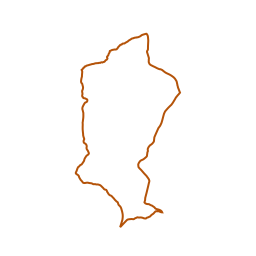 Butula, Western, Kenya, rotated 295°
{"feature_id": "3690345B92166802171620", "entity_name": "Butula", "entity_type": "district", "adm_level": 2, "iso_a3": "KEN", "parent_name": "Kenya", "parent_adm1": "Western", "projection": "robinson", "projection_center": [34.286, 0.344], "detail": "fine", "context": "isolated", "style": "outline", "palette": "amber", "viewbox_px": 256, "rotation_deg": 295, "n_neighbors": 0, "source": "geoboundaries", "source_scale": "gbopen_adm2", "svg_char_len": 5772}
<svg xmlns="http://www.w3.org/2000/svg" viewBox="0 0 256 256"><g transform="rotate(295 128 128)"><path d="M165.4,62.8L164.9,62.8L164.3,62.7L163.8,62.2L163.3,62.2L162.4,62.0L161.8,61.8L161.2,61.4L160.6,61.8L160.3,62.3L159.6,62.8L158.2,63.3L157.4,63.6L156.1,64.1L155.2,64.5L153.0,64.9L152.5,65.1L151.9,65.2L150.5,65.7L149.8,66.1L149.2,66.7L149.0,67.3L148.7,67.8L146.4,69.7L145.8,70.1L145.0,70.4L144.3,70.6L143.4,70.7L142.5,70.7L141.9,70.9L141.2,71.3L140.4,71.9L139.7,72.3L139.2,72.5L138.5,72.6L137.7,72.9L137.1,73.4L136.9,74.2L136.3,74.9L136.4,75.6L136.7,76.4L136.7,77.4L136.6,78.3L136.6,78.9L136.2,79.3L135.6,79.6L135.0,79.7L134.3,79.6L133.5,79.0L132.8,78.4L131.9,78.2L131.1,78.1L129.3,78.0L128.5,78.0L127.7,78.0L126.9,78.2L126.1,78.5L125.5,78.9L125.1,79.3L124.5,79.8L123.7,80.4L123.0,81.0L122.3,81.4L121.6,81.7L120.8,82.1L119.7,82.6L119.0,82.9L118.2,83.2L117.3,83.5L116.0,83.9L114.5,84.4L113.7,84.6L112.6,85.2L111.8,85.6L109.7,86.5L108.2,87.2L107.4,87.6L104.8,89.1L103.7,89.8L102.5,90.4L101.1,91.5L100.1,92.5L99.5,93.0L98.9,93.1L98.0,93.1L97.3,93.3L96.6,93.7L96.1,94.2L95.9,94.8L95.7,96.3L95.4,96.9L95.1,97.4L94.5,98.0L93.6,98.5L92.7,98.7L92.1,99.0L91.6,99.4L91.1,100.0L90.6,101.0L90.0,101.7L89.3,102.5L88.6,103.2L88.0,103.3L87.3,103.2L86.8,103.0L86.2,102.6L85.4,102.2L84.7,102.0L83.1,101.8L82.4,101.7L81.5,101.7L80.8,101.8L79.9,102.0L78.9,102.0L78.0,101.8L77.1,101.7L76.1,101.5L75.5,101.4L75.0,101.1L74.5,100.6L73.9,100.3L72.4,99.9L71.9,99.6L71.3,99.3L69.8,99.3L68.9,99.4L67.8,99.5L66.9,99.6L65.7,99.5L64.7,100.0L64.5,101.0L64.3,101.7L64.2,102.6L63.9,103.4L63.3,104.0L62.8,104.5L62.3,105.1L61.4,106.4L61.0,107.0L60.7,107.7L60.4,108.5L60.0,109.3L59.6,110.0L59.4,110.7L59.6,111.4L59.9,112.2L60.5,113.0L61.1,113.9L61.4,114.6L61.6,115.3L61.7,116.0L62.4,118.1L62.5,118.9L62.4,120.2L62.7,121.0L63.2,121.8L63.4,123.0L63.8,123.9L64.1,124.5L64.3,125.6L64.4,126.7L64.3,127.5L64.1,128.2L63.4,130.1L63.1,131.0L62.6,131.9L62.4,132.8L62.6,133.6L62.7,134.4L62.4,135.0L61.9,135.6L61.4,136.0L61.1,136.6L60.0,138.2L59.6,139.1L59.4,140.0L59.5,140.9L59.4,141.9L58.8,143.3L58.5,144.1L58.2,144.9L57.4,146.4L57.0,147.6L56.6,148.5L56.5,149.2L56.3,150.1L55.7,150.7L55.1,151.2L54.5,151.8L54.2,152.4L53.9,153.3L53.5,154.3L53.0,155.0L52.5,155.6L52.1,156.0L51.5,156.5L49.9,157.9L48.3,159.1L47.4,159.7L45.9,160.5L44.4,161.1L42.5,161.7L39.9,162.1L34.8,162.8L40.3,164.6L44.1,165.9L44.8,166.3L45.9,167.7L46.2,168.3L47.0,169.6L47.6,171.4L48.0,171.9L48.7,172.3L49.3,172.7L49.9,173.3L51.0,174.2L51.2,174.9L51.4,175.6L51.7,176.3L52.1,176.9L52.4,177.6L52.6,178.3L52.8,179.2L52.9,180.8L53.2,181.6L53.5,182.4L54.2,182.8L54.9,183.2L55.5,184.0L56.3,184.6L56.9,185.2L57.5,185.5L58.2,185.7L58.8,185.9L59.8,186.4L60.9,187.1L61.4,187.3L62.0,187.5L62.8,187.7L64.1,188.2L64.6,189.0L65.0,190.0L65.5,190.7L65.6,192.7L65.7,193.8L66.0,194.6L66.6,193.9L67.0,192.8L67.1,191.4L67.0,190.3L66.6,188.1L66.6,187.0L66.8,186.4L67.2,185.7L67.4,184.9L67.6,183.6L67.8,182.7L67.7,181.7L67.7,180.6L67.8,179.7L67.8,179.0L67.4,178.1L67.1,177.3L67.0,175.7L67.5,174.4L68.3,174.2L69.1,174.1L69.8,174.0L70.8,173.6L72.2,173.1L72.9,173.0L77.2,172.2L83.6,170.9L87.4,170.1L88.2,170.0L89.1,169.7L90.2,168.7L90.7,168.0L91.4,166.8L91.8,166.0L92.3,165.2L93.7,161.7L95.1,158.6L95.5,157.7L96.2,155.7L96.9,154.2L97.5,153.7L98.5,153.1L99.2,152.7L99.8,152.6L101.2,152.6L102.3,152.8L102.9,152.9L103.6,153.2L104.4,153.7L105.5,154.7L106.2,155.2L107.3,155.8L109.3,156.7L110.2,157.0L110.9,156.9L111.8,156.6L112.9,156.3L113.6,156.0L114.8,155.8L115.5,155.8L116.0,155.5L116.6,155.1L117.3,154.8L118.0,154.7L119.1,154.7L120.2,154.9L121.1,155.1L121.9,155.4L122.8,156.0L123.5,156.3L124.0,156.6L126.1,157.1L127.0,157.1L128.1,156.7L129.6,156.2L130.4,155.9L131.0,155.8L134.5,155.7L140.7,155.6L141.3,155.7L142.2,155.9L143.1,156.1L144.1,156.2L145.9,156.2L146.6,156.2L147.4,156.1L149.4,155.8L152.7,155.2L154.4,154.9L156.2,154.6L157.9,154.6L158.7,154.6L159.8,154.9L161.9,155.5L163.5,156.0L165.7,156.8L167.4,157.5L170.0,158.0L171.1,158.1L173.8,158.4L175.2,158.5L175.8,158.5L176.8,158.8L178.5,159.2L180.1,159.7L181.2,160.0L182.0,160.2L184.4,157.7L185.1,157.0L185.7,156.3L186.2,155.9L186.8,155.5L187.5,154.8L188.3,154.3L188.8,153.9L189.3,153.5L190.0,153.0L190.6,152.5L191.0,152.1L191.4,151.5L192.5,149.8L193.0,148.6L193.3,147.7L193.6,146.2L193.8,145.1L193.9,144.1L194.0,143.0L194.0,142.3L194.0,139.4L194.1,138.6L194.2,137.8L194.4,136.9L194.7,135.6L195.0,134.6L195.0,133.8L195.0,133.1L194.9,132.4L194.6,131.7L194.5,130.2L194.5,128.2L194.6,127.5L194.6,125.8L194.6,124.4L194.7,121.9L195.0,120.7L195.5,120.0L196.0,119.4L196.7,118.8L197.6,118.5L198.5,118.0L199.5,117.7L200.3,117.3L203.2,114.7L204.8,113.2L205.6,112.8L206.6,112.9L207.3,112.9L207.8,112.8L210.7,111.5L215.1,109.7L216.2,109.2L218.3,108.0L219.6,107.2L220.2,106.6L220.8,105.8L221.2,105.0L220.9,104.4L219.7,103.0L218.8,102.0L218.2,101.4L217.5,100.9L216.7,100.6L215.9,100.0L215.2,99.4L214.3,98.5L214.0,97.8L213.4,97.2L213.0,96.3L212.5,95.8L212.0,95.2L211.4,94.7L210.9,93.9L210.3,93.5L208.7,92.5L207.4,91.6L206.5,91.3L206.0,91.0L205.5,90.6L204.8,90.1L204.1,89.6L203.3,89.2L202.8,88.6L202.4,87.7L201.8,87.2L201.2,87.1L200.6,86.6L200.3,86.1L199.6,85.7L198.9,85.6L198.3,85.3L197.5,85.1L196.7,84.8L196.0,84.9L195.2,84.6L194.5,84.4L193.9,83.6L193.5,82.7L193.2,82.3L192.8,81.7L192.4,81.2L192.1,80.7L191.4,80.1L190.6,79.5L190.1,79.0L189.5,79.1L188.7,79.4L187.5,79.2L186.8,79.2L186.2,79.3L185.5,79.4L184.8,79.2L183.9,78.9L183.2,79.1L182.8,79.6L182.3,80.0L181.7,80.0L181.1,79.9L180.5,79.5L179.6,79.0L178.8,78.9L178.0,78.6L177.4,77.8L176.6,77.2L176.4,76.3L175.9,75.7L175.2,75.2L174.9,74.3L174.2,73.6L173.8,72.7L173.3,71.9L173.0,71.3L172.5,70.7L171.9,70.1L171.4,69.5L171.0,68.8L170.5,68.1L169.8,67.4L169.1,66.5L168.5,65.9L167.5,64.7L167.1,64.2L166.6,63.8L165.9,63.5L165.4,62.8Z" fill="none" stroke="#b45309" stroke-width="2"/></g></svg>